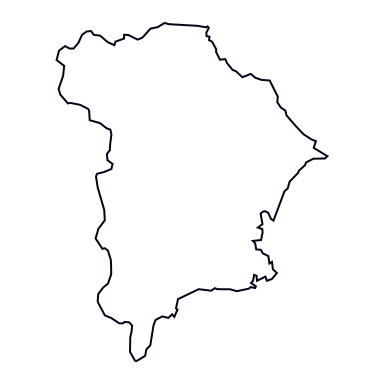 outline of Gurabo, Puerto Rico
{"feature_id": "32010507B33566817880086", "entity_name": "Gurabo", "entity_type": "district", "adm_level": 2, "iso_a3": "PRI", "parent_name": "Puerto Rico", "parent_adm1": "", "projection": "equal_earth", "projection_center": [-65.978, 18.259], "detail": "fine", "context": "isolated", "style": "outline", "palette": "ink", "viewbox_px": 384, "rotation_deg": 0, "n_neighbors": 0, "source": "geoboundaries", "source_scale": "gbopen_adm2", "svg_char_len": 2089}
<svg xmlns="http://www.w3.org/2000/svg" viewBox="0 0 384 384"><path d="M269.7,80.5L261.6,79.9L255.4,77.8L250.8,73.9L242.4,77.2L235.9,71.2L232.6,69.9L226.9,62.9L225.3,59.1L220.0,59.7L216.1,52.0L216.2,49.3L212.1,41.7L209.0,40.1L209.5,36.7L206.6,36.1L206.3,32.7L208.8,28.0L207.6,26.4L206.3,27.3L197.2,25.8L169.2,24.2L164.4,23.0L157.8,27.1L150.6,28.6L142.2,37.8L137.6,39.6L128.4,35.0L124.1,34.8L124.0,38.6L115.5,41.6L114.4,45.1L108.1,42.4L100.0,35.6L93.9,34.9L91.0,31.0L86.7,31.5L82.0,34.9L78.3,43.0L73.6,48.5L69.5,48.5L65.1,46.1L59.0,50.7L56.6,60.0L64.2,65.9L63.1,75.9L58.6,88.9L60.3,94.6L67.9,103.4L70.4,102.9L80.0,104.8L88.1,108.9L89.1,110.6L89.7,120.2L100.0,123.1L106.5,128.2L110.4,129.7L111.4,134.5L110.2,144.0L109.8,150.4L108.6,151.7L106.9,154.2L107.5,160.2L112.6,163.9L111.4,169.0L104.1,172.0L97.0,173.8L96.0,176.5L97.7,187.5L104.2,209.8L104.8,220.3L98.4,228.8L95.6,238.5L102.4,248.8L105.0,248.3L107.9,250.5L110.8,259.8L111.1,265.6L111.2,274.3L108.0,283.6L103.0,287.7L98.2,294.1L97.7,301.3L98.3,303.0L104.8,315.3L111.4,318.1L119.2,323.3L122.9,323.3L124.4,322.0L129.1,322.3L132.1,325.5L131.6,331.2L130.3,337.1L130.0,351.9L135.0,360.7L136.4,361.0L137.9,360.3L145.2,355.8L146.3,349.5L150.3,345.4L153.5,325.4L155.5,320.0L162.3,316.4L168.3,317.9L172.2,314.3L174.3,316.9L177.5,309.5L176.0,308.4L178.0,299.1L198.7,289.2L211.2,290.7L214.8,288.2L217.5,289.2L230.2,289.3L236.9,291.2L249.0,288.6L250.6,287.1L255.2,288.0L255.9,286.3L251.0,283.0L253.1,280.7L254.1,274.9L256.6,275.8L257.0,280.8L265.4,276.6L266.9,280.8L271.9,279.0L276.9,273.0L272.9,269.3L272.0,261.9L269.4,263.5L268.3,256.0L262.8,253.4L260.8,249.8L256.2,249.4L255.2,243.4L252.9,240.9L261.1,240.0L262.5,232.8L262.6,232.4L262.3,229.1L257.9,227.6L262.5,224.1L260.6,213.7L262.8,211.7L264.8,211.2L268.1,212.7L271.0,218.9L273.5,220.6L284.5,191.2L287.7,188.4L289.7,181.5L298.3,172.7L298.8,170.8L305.0,165.2L306.1,162.4L313.4,158.7L324.9,158.5L327.4,156.2L313.7,147.8L315.9,141.2L311.2,139.3L303.6,134.3L295.9,126.2L286.6,115.5L285.4,110.7L280.7,107.4L277.3,102.2L277.8,96.7L269.7,80.5Z" fill="none" stroke="#020617" stroke-width="2"/></svg>